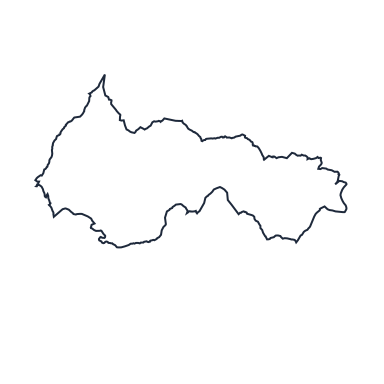 the district of Scarisoara, Alba, Romania, rotated 113°
{"feature_id": "2599482B60585043995143", "entity_name": "Scarisoara", "entity_type": "district", "adm_level": 2, "iso_a3": "ROU", "parent_name": "Romania", "parent_adm1": "Alba", "projection": "equal_earth", "projection_center": [22.873, 46.485], "detail": "fine", "context": "isolated", "style": "outline", "palette": "slate", "viewbox_px": 384, "rotation_deg": 113, "n_neighbors": 0, "source": "geoboundaries", "source_scale": "gbopen_adm2", "svg_char_len": 6063}
<svg xmlns="http://www.w3.org/2000/svg" viewBox="0 0 384 384"><g transform="rotate(113 192 192)"><path d="M242.3,340.8L242.9,338.4L242.2,336.9L245.6,336.9L245.6,337.4L246.5,337.5L246.9,337.2L247.5,337.5L247.4,337.1L245.4,336.7L245.5,336.1L245.3,335.4L245.4,334.3L245.9,332.5L247.7,330.3L249.3,329.1L250.7,327.5L252.2,326.4L253.1,326.1L253.7,325.5L254.0,324.3L252.8,324.2L251.3,324.4L250.3,324.2L251.8,322.8L253.9,321.8L255.7,320.0L257.6,318.5L257.6,317.9L257.8,317.8L259.1,318.1L259.8,318.6L260.0,318.2L260.3,317.2L261.3,315.4L263.9,313.0L264.8,311.8L265.6,311.2L266.4,311.0L268.8,309.5L258.4,304.4L256.7,302.3L256.5,301.7L256.4,298.5L257.6,295.3L258.0,293.5L258.6,292.5L258.1,290.1L257.3,289.3L255.8,286.4L255.2,284.8L255.2,278.4L255.9,274.4L257.4,272.7L259.1,269.4L261.4,271.6L264.4,271.2L264.7,270.9L264.6,269.8L265.3,267.1L265.3,265.1L263.6,261.4L263.1,261.0L263.1,260.2L265.2,257.1L266.1,254.9L267.0,254.5L267.9,254.4L268.5,254.7L269.2,256.9L269.0,258.4L269.5,258.8L271.6,259.3L272.4,258.9L272.8,258.3L272.9,256.1L273.7,255.2L273.8,253.7L273.1,252.8L271.9,252.4L271.1,251.6L270.9,250.6L271.0,249.8L271.5,249.1L270.9,247.2L270.9,246.5L270.4,245.4L270.9,244.2L270.8,243.9L270.9,243.5L271.0,241.9L272.2,239.6L271.9,238.4L270.6,235.5L268.3,232.6L265.5,229.5L263.6,228.3L262.8,226.6L262.1,225.9L262.0,224.8L260.8,223.7L259.9,221.6L259.7,220.0L258.6,219.4L257.5,217.0L256.6,216.7L255.1,214.5L255.3,213.5L255.0,212.2L254.3,211.8L254.1,211.3L253.2,211.4L252.8,211.0L252.5,210.4L251.2,208.9L251.1,207.8L249.1,206.2L248.1,206.0L246.4,204.6L243.5,203.8L239.1,204.9L235.3,204.6L232.8,203.5L231.8,203.5L226.2,206.8L219.7,207.5L217.3,205.8L216.2,205.7L214.5,204.0L213.4,204.0L211.5,202.7L209.9,201.9L207.6,197.9L207.5,196.7L208.3,194.4L208.8,191.7L209.4,191.2L210.7,189.2L211.6,188.5L213.4,188.4L212.3,187.7L210.9,187.2L210.6,186.6L210.6,185.9L210.3,185.6L210.1,184.5L208.9,182.2L207.9,181.1L209.1,180.1L209.7,179.0L208.3,178.6L206.7,177.6L197.4,176.5L192.2,177.4L190.2,176.6L189.5,175.9L188.2,175.6L186.2,174.4L183.8,173.4L181.2,172.9L179.0,170.9L176.5,168.2L176.6,166.0L177.1,163.1L178.9,159.4L185.4,155.9L188.2,150.7L194.2,140.4L192.3,139.6L192.1,138.9L190.8,138.2L189.6,136.8L189.8,135.6L189.5,135.2L189.6,133.6L190.2,133.3L190.5,132.8L189.9,128.0L189.9,126.6L190.5,125.0L192.3,124.0L193.5,122.2L193.6,119.7L195.6,117.2L196.3,115.9L198.5,114.9L199.5,112.6L201.7,110.7L204.2,107.3L204.1,106.9L206.3,104.4L205.6,103.0L204.8,102.0L203.7,101.8L201.6,99.0L200.4,98.5L199.3,97.8L198.4,95.9L198.0,93.4L198.6,92.6L199.5,90.2L198.3,88.7L197.5,86.3L196.9,82.9L196.9,82.0L196.4,80.9L196.0,78.8L196.6,77.6L197.7,76.4L195.0,75.7L190.3,75.1L189.6,75.0L188.4,74.0L185.0,73.5L183.4,72.6L181.7,71.0L179.9,70.6L178.6,70.0L177.4,69.8L166.8,69.9L163.8,69.6L162.0,68.9L159.2,67.4L158.4,67.3L157.6,67.7L157.1,67.4L153.5,64.3L154.9,60.5L154.9,58.4L154.1,55.5L153.8,52.4L151.5,45.0L151.0,43.8L150.6,43.5L147.6,43.2L146.5,43.5L145.1,44.5L144.2,45.4L142.9,47.9L141.4,49.9L139.4,52.1L136.9,54.1L135.2,54.5L131.3,54.6L128.4,54.1L124.7,52.8L123.9,53.2L123.3,54.2L123.6,56.4L123.4,57.8L124.2,60.7L129.0,63.2L126.3,62.3L124.8,62.2L120.0,63.2L118.7,63.1L118.4,64.1L117.5,64.1L116.7,65.3L116.5,66.1L117.7,68.7L117.4,71.9L118.3,75.9L118.0,77.6L119.1,81.5L120.7,82.7L121.3,84.8L119.0,85.0L116.1,83.9L114.8,83.9L114.3,84.1L112.2,86.0L110.3,86.5L110.2,87.0L111.3,88.9L110.7,90.1L112.4,91.1L114.1,93.3L115.2,95.1L115.3,96.4L115.1,96.6L115.1,97.3L116.6,98.5L115.3,98.9L114.9,99.3L114.4,100.7L114.2,102.0L114.8,103.4L114.8,105.6L116.1,106.2L116.7,108.0L117.3,108.9L117.1,110.6L116.5,112.4L116.9,115.3L123.8,117.9L124.5,122.9L126.2,125.9L127.8,127.4L127.2,129.9L127.6,131.2L128.5,131.2L128.7,132.0L128.6,132.9L128.7,134.3L128.7,135.4L134.2,138.3L134.1,138.5L132.0,139.6L130.3,142.0L129.6,142.6L127.5,145.0L125.6,147.6L124.6,149.6L124.8,150.5L125.1,151.1L124.9,151.7L125.2,152.4L124.9,153.1L125.4,153.8L124.9,154.5L123.4,155.1L122.5,156.0L122.5,157.6L121.8,158.6L121.4,160.4L121.5,161.3L121.0,162.2L121.2,164.3L120.9,164.7L119.5,165.1L119.3,167.9L119.9,168.8L121.3,169.6L124.0,173.5L125.4,174.4L126.6,176.2L127.0,176.4L127.2,178.9L128.3,181.2L128.1,181.6L127.8,183.3L128.5,183.9L129.1,183.8L129.8,184.8L129.4,186.0L129.9,186.9L131.5,188.2L132.0,189.5L133.7,191.4L133.7,192.2L134.8,194.0L135.1,195.2L137.3,199.3L137.7,199.8L139.0,200.2L139.4,201.1L140.4,202.0L141.2,202.4L141.2,203.2L139.5,204.3L139.0,205.2L138.2,205.8L137.6,207.7L136.7,209.3L136.3,210.8L136.1,212.7L135.8,213.0L136.2,214.0L135.6,216.1L135.5,218.4L135.2,220.2L134.1,221.8L133.4,222.5L133.2,223.3L132.7,223.9L132.3,226.2L131.6,227.9L130.8,228.4L130.3,228.9L130.7,229.2L132.9,235.0L135.1,246.2L138.0,247.2L138.9,248.2L139.7,248.3L139.4,249.4L139.5,250.4L140.1,250.9L141.2,252.6L141.6,253.5L141.7,254.5L143.3,255.7L147.1,256.0L148.4,257.0L151.0,258.3L152.1,259.4L153.0,260.0L152.8,261.1L152.5,264.8L155.2,266.0L157.3,267.4L158.9,267.5L160.1,268.0L160.7,271.2L160.6,272.9L160.1,274.5L160.0,276.7L156.9,279.7L152.7,282.9L153.8,284.8L154.0,286.5L150.7,287.7L149.2,288.0L148.8,288.3L148.2,290.2L146.8,293.1L146.1,294.1L142.7,300.7L141.3,301.4L139.5,301.7L139.0,302.0L139.0,303.4L139.4,304.5L137.3,306.2L137.0,309.5L130.1,314.8L117.9,318.1L128.6,319.4L131.5,319.2L136.7,321.7L137.2,322.3L138.6,323.1L139.5,323.2L141.6,325.0L141.7,324.6L142.6,323.4L143.5,322.9L144.4,323.3L145.4,323.3L148.5,322.2L153.6,322.5L154.5,323.0L156.1,323.4L158.9,323.2L159.6,322.8L162.3,323.1L163.9,323.5L166.4,324.5L169.4,329.4L169.8,329.6L173.2,330.5L174.6,331.4L174.9,332.1L175.7,332.6L176.1,333.2L179.5,334.4L180.1,334.0L182.5,335.0L183.3,334.8L184.8,335.6L187.1,336.1L188.8,336.3L189.6,335.9L190.1,335.9L190.8,336.2L190.9,336.5L191.3,336.4L193.2,338.1L194.5,338.1L196.3,337.8L198.4,338.7L201.3,339.0L203.1,338.6L203.2,338.4L205.1,338.3L206.8,337.5L208.0,337.4L211.3,335.6L213.2,335.1L214.8,335.0L217.6,335.7L218.7,335.6L220.0,335.1L221.7,334.9L223.3,335.4L225.2,335.0L225.5,335.1L225.8,335.5L227.2,335.6L228.2,336.0L229.0,336.8L232.8,336.2L235.6,336.7L235.7,337.9L238.7,339.8L240.4,340.5L241.3,340.5L242.3,340.8Z" fill="none" stroke="#1e293b" stroke-width="2"/></g></svg>